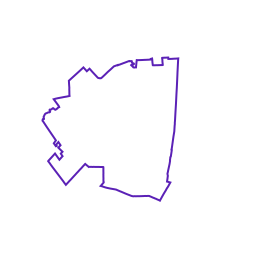 Maicanesti, Vrancea, Romania (orthographic projection), rotated 317°
{"feature_id": "2599482B14220108289328", "entity_name": "Maicanesti", "entity_type": "district", "adm_level": 2, "iso_a3": "ROU", "parent_name": "Romania", "parent_adm1": "Vrancea", "projection": "orthographic", "projection_center": [27.427, 45.473], "detail": "fine", "context": "isolated", "style": "outline", "palette": "violet", "viewbox_px": 256, "rotation_deg": 317, "n_neighbors": 0, "source": "geoboundaries", "source_scale": "gbopen_adm2", "svg_char_len": 4997}
<svg xmlns="http://www.w3.org/2000/svg" viewBox="0 0 256 256"><g transform="rotate(317 128 128)"><path d="M117.6,198.1L121.8,196.7L121.5,196.2L121.3,195.9L120.9,195.3L120.6,194.7L120.2,194.1L120.0,193.8L122.4,191.9L124.2,190.4L124.4,190.3L124.5,190.2L125.1,189.2L125.3,188.9L125.6,188.4L127.4,187.2L127.9,186.8L133.8,182.7L136.0,181.0L136.4,180.7L136.6,180.3L136.8,180.1L138.7,178.6L138.8,178.4L139.1,178.2L139.3,178.1L139.6,178.1L139.8,178.1L145.0,174.0L144.9,173.6L145.1,173.4L145.3,173.2L145.7,173.1L147.7,171.5L150.3,169.4L155.6,165.1L159.5,162.1L163.6,158.2L165.0,157.0L165.6,156.3L165.8,156.1L166.7,155.3L168.2,153.9L173.4,148.9L179.4,143.2L186.7,136.1L191.1,131.9L195.4,127.7L200.6,122.6L201.9,121.3L205.1,118.2L211.2,112.3L212.2,111.4L211.3,110.7L210.2,109.8L208.1,108.0L207.9,107.9L205.8,106.1L204.6,105.0L205.5,103.9L205.4,103.8L203.3,102.1L202.8,101.6L201.8,100.8L201.5,100.5L201.2,100.3L200.8,100.0L200.7,100.0L200.0,101.0L199.7,101.5L199.3,102.0L198.9,102.4L197.4,104.3L197.1,104.8L196.6,105.4L196.4,105.6L196.0,105.4L195.1,104.5L194.1,103.7L191.9,101.7L191.2,101.1L189.5,99.6L189.2,99.3L189.0,99.1L189.0,98.9L189.9,97.7L190.9,96.3L191.1,96.1L191.6,95.5L192.3,94.6L193.0,93.6L191.8,93.0L191.4,93.5L189.4,91.9L186.6,89.5L184.0,87.3L181.7,85.3L180.7,84.3L179.4,85.4L176.3,88.1L175.2,89.1L174.9,88.8L174.2,88.4L173.3,87.4L173.3,86.8L173.4,86.7L173.4,86.3L173.3,85.9L173.3,85.4L173.3,85.2L173.2,84.8L173.2,84.5L173.2,84.3L173.3,84.3L173.4,84.2L173.6,84.3L173.8,84.3L174.0,84.4L174.1,84.5L174.4,84.7L174.8,85.0L175.1,85.2L175.3,85.3L175.6,85.3L175.9,85.3L176.1,85.2L176.2,84.8L176.2,84.6L176.0,84.3L175.9,84.2L175.7,83.8L175.6,83.6L175.5,83.3L175.5,83.1L175.5,82.9L175.6,82.7L175.9,82.4L176.0,82.2L176.2,81.9L176.3,81.6L176.1,81.5L175.4,80.7L175.2,80.5L174.9,80.5L174.8,80.4L174.7,80.3L174.6,80.2L174.6,79.9L174.3,79.7L172.6,79.0L169.9,77.9L168.8,77.4L167.7,77.0L166.6,76.5L165.5,76.1L164.5,75.6L163.7,75.3L163.4,75.2L163.5,74.9L159.7,73.3L159.4,73.3L155.2,73.3L151.4,73.2L147.7,73.3L146.5,73.3L145.3,73.3L143.9,73.3L143.5,73.3L143.1,73.3L142.6,73.2L142.3,73.2L142.1,73.1L141.8,72.9L141.6,72.6L141.4,72.4L141.2,72.3L141.0,72.0L140.8,71.7L140.4,71.2L140.2,70.6L140.2,69.6L140.2,67.4L140.2,63.5L140.2,62.5L140.3,59.8L140.3,58.4L136.6,58.4L136.7,53.3L131.5,53.3L117.0,53.1L114.6,56.0L112.9,58.1L112.5,58.6L111.4,59.7L110.0,61.3L109.9,61.4L108.0,63.5L107.1,64.7L104.6,63.2L102.5,61.8L100.4,60.5L97.1,58.4L94.9,57.1L93.3,56.3L92.4,64.2L92.4,64.4L92.0,65.6L91.9,65.8L91.7,65.7L91.4,65.6L91.2,65.5L90.9,65.5L90.7,65.4L90.3,65.4L90.0,65.5L89.8,65.5L89.5,65.5L89.4,65.5L89.1,65.5L89.0,65.4L88.8,65.4L88.6,65.3L88.3,65.3L88.0,65.3L87.7,65.3L87.4,65.2L87.2,64.9L87.0,64.3L86.9,63.6L86.9,62.7L86.7,62.4L86.3,62.2L86.0,62.2L85.9,62.2L85.7,62.2L85.4,62.2L85.2,62.2L84.6,62.1L84.4,62.0L84.2,61.9L83.9,61.7L83.6,61.4L83.4,61.2L83.2,61.2L82.9,61.3L82.7,61.6L82.6,62.1L82.4,62.4L82.3,62.8L82.1,63.0L81.7,63.1L81.4,63.0L81.1,62.9L80.8,62.6L80.5,62.3L80.3,62.2L80.1,62.1L79.8,62.0L79.5,61.9L79.1,61.8L78.7,61.7L78.1,61.4L77.9,61.3L77.7,61.3L77.5,61.2L77.3,61.2L77.0,61.2L76.6,61.3L76.1,61.4L75.7,61.6L75.4,61.7L75.3,61.8L75.0,61.9L74.8,62.0L74.4,62.1L74.1,62.2L73.9,62.3L73.6,62.7L73.5,62.9L73.3,63.2L73.2,63.4L73.1,63.6L73.0,63.8L72.9,63.9L72.7,64.1L72.4,64.1L72.1,63.9L71.9,63.7L71.7,63.5L71.3,63.7L71.1,63.8L70.8,64.0L70.4,64.5L70.4,64.9L70.4,65.3L69.3,71.8L68.5,76.9L68.0,80.1L67.8,81.5L66.8,87.9L63.3,88.6L62.9,91.6L62.8,92.2L63.4,92.5L63.6,92.5L63.5,91.3L67.5,90.8L66.9,94.6L63.6,94.9L63.9,100.7L61.4,100.9L60.9,104.0L56.2,104.4L57.2,96.9L52.7,97.3L47.3,97.7L47.0,97.8L46.9,98.7L46.8,99.9L46.7,100.4L46.7,100.6L46.7,100.9L46.6,101.4L46.5,101.6L46.4,102.8L46.1,105.3L45.1,115.2L44.7,119.0L44.3,123.0L44.1,124.2L43.8,127.2L46.5,127.0L47.9,126.9L48.6,126.8L49.2,126.8L50.9,126.7L55.9,126.3L57.5,126.2L59.6,126.0L61.5,125.9L64.8,125.6L65.7,125.6L67.0,125.5L68.9,125.3L70.5,125.2L71.6,125.1L72.2,125.1L72.3,126.2L72.4,127.2L72.5,127.5L72.7,129.6L72.8,129.6L73.8,130.6L74.6,131.3L75.6,132.4L75.9,132.6L77.5,134.1L82.5,138.9L83.0,139.4L83.3,139.7L83.3,139.8L82.6,140.6L81.0,142.3L79.9,143.5L79.3,144.2L78.8,144.7L78.5,145.0L78.0,145.5L77.6,146.0L77.0,146.6L76.3,147.4L75.7,148.1L75.2,148.6L75.0,148.8L74.8,149.0L74.1,149.8L73.8,150.1L73.5,150.5L73.4,151.0L72.9,151.3L70.9,151.5L69.2,151.7L69.0,151.8L68.5,151.8L68.6,152.0L68.9,152.4L69.2,152.8L69.4,153.2L70.5,155.3L71.4,156.8L71.8,157.4L72.1,157.9L72.3,158.1L72.4,158.3L72.7,158.7L73.6,160.0L76.7,164.1L77.1,164.7L77.4,165.1L77.7,165.9L79.4,169.7L79.6,170.0L80.0,171.0L80.6,172.3L81.2,173.7L81.7,174.8L82.6,176.7L83.3,178.1L83.8,179.2L84.3,180.2L85.2,181.5L85.5,181.7L86.7,182.7L87.0,183.1L87.8,183.8L90.9,186.6L93.1,188.5L94.1,189.3L95.2,190.4L96.3,191.3L96.9,191.9L97.3,192.4L97.5,193.1L97.8,193.6L98.8,196.0L99.4,197.2L99.6,197.7L99.7,198.0L100.1,198.7L100.6,200.0L101.5,202.0L101.7,202.6L101.8,202.9L102.6,202.6L104.2,202.1L105.7,201.6L109.5,200.4L113.1,199.4L115.4,198.6L116.1,198.5L117.6,198.1Z" fill="none" stroke="#5b21b6" stroke-width="2"/></g></svg>